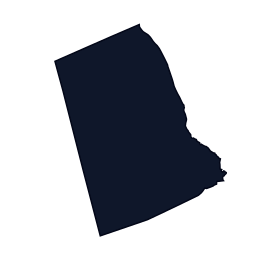 Lepa, Atua, Samoa, rotated 245°
{"feature_id": "51752279B44290724889134", "entity_name": "Lepa", "entity_type": "district", "adm_level": 2, "iso_a3": "WSM", "parent_name": "Samoa", "parent_adm1": "Atua", "projection": "orthographic", "projection_center": [-171.529, -14.024], "detail": "fine", "context": "isolated", "style": "filled", "palette": "ink", "viewbox_px": 256, "rotation_deg": 245, "n_neighbors": 0, "source": "geoboundaries", "source_scale": "gbopen_adm2", "svg_char_len": 1385}
<svg xmlns="http://www.w3.org/2000/svg" viewBox="0 0 256 256"><g transform="rotate(245 128 128)"><path d="M39.9,192.3L41.4,192.1L43.6,193.1L44.0,193.5L44.1,195.0L44.8,196.0L45.3,197.7L46.1,198.2L47.2,197.4L48.0,197.3L48.7,196.5L47.9,195.2L49.3,194.4L50.3,194.5L50.8,195.3L51.7,194.2L52.4,194.3L55.9,195.8L58.1,196.5L61.0,198.7L62.6,197.4L63.4,197.5L65.1,196.6L66.5,196.5L67.6,195.9L68.6,196.0L69.3,194.9L72.3,192.9L76.0,192.2L78.2,191.0L78.8,190.1L80.9,188.5L82.3,187.6L82.1,186.8L83.4,186.4L84.4,186.7L86.7,185.0L88.7,185.0L90.0,183.8L91.2,183.1L91.2,182.4L91.8,181.6L93.2,181.2L95.6,182.0L98.8,181.2L100.3,181.3L101.8,180.8L105.6,180.8L108.2,182.4L110.5,184.3L111.5,184.8L116.3,185.7L118.9,185.7L120.5,186.0L121.7,186.7L122.6,187.6L123.8,187.8L125.1,188.3L126.6,187.8L129.2,187.7L133.9,187.7L137.9,187.4L142.7,187.3L146.3,187.4L151.2,188.3L154.0,188.7L163.1,189.7L167.0,190.1L168.4,190.5L170.1,190.5L176.1,190.4L183.8,190.1L186.8,189.9L190.4,189.2L192.9,188.2L195.8,187.4L200.7,186.6L203.8,185.6L208.9,182.4L210.5,181.9L214.0,181.2L215.1,181.2L217.0,181.9L217.9,151.9L218.5,125.9L219.3,90.0L189.2,84.8L109.0,69.6L88.2,65.8L74.6,63.3L42.0,57.3L36.7,106.9L36.8,126.4L37.0,145.7L37.3,163.4L38.3,167.0L39.3,169.1L41.1,172.1L40.0,173.7L39.6,178.1L39.5,180.7L39.9,182.2L39.7,184.5L41.8,185.7L42.1,186.2L41.4,187.6L39.9,192.3Z" fill="#0f172a" stroke="#020617" stroke-width="1.5"/></g></svg>